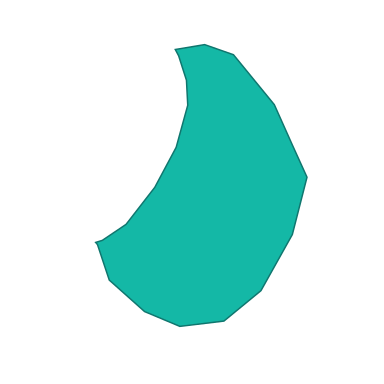 Taean, P'yŏngan-namdo, North Korea (Natural Earth projection), rotated 230°
{"feature_id": "82179303B55886689837874", "entity_name": "Taean", "entity_type": "district", "adm_level": 2, "iso_a3": "PRK", "parent_name": "North Korea", "parent_adm1": "P'yŏngan-namdo", "projection": "natural_earth1", "projection_center": [125.517, 38.825], "detail": "fine", "context": "isolated", "style": "filled", "palette": "teal", "viewbox_px": 384, "rotation_deg": 230, "n_neighbors": 0, "source": "geoboundaries", "source_scale": "gbopen_adm2", "svg_char_len": 424}
<svg xmlns="http://www.w3.org/2000/svg" viewBox="0 0 384 384"><g transform="rotate(230 192 192)"><path d="M215.3,85.8L212.5,85.8L177.7,72.0L130.9,78.8L96.9,96.3L72.6,133.5L72.1,181.4L94.9,241.5L129.4,289.6L163.5,299.1L206.0,311.2L270.5,312.0L296.8,296.4L311.9,270.8L304.9,269.3L281.2,259.6L261.2,244.5L236.4,208.6L219.5,166.5L209.6,120.7L212.6,92.2L215.3,85.8Z" fill="#14b8a6" stroke="#0f766e" stroke-width="1.5"/></g></svg>